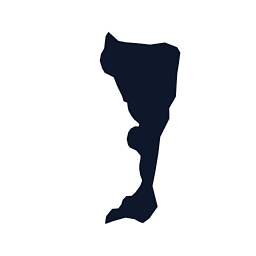 Mesa Geitonia, Limassol, Cyprus (Natural Earth projection), rotated 209°
{"feature_id": "46923920B41585698433240", "entity_name": "Mesa Geitonia", "entity_type": "district", "adm_level": 2, "iso_a3": "CYP", "parent_name": "Cyprus", "parent_adm1": "Limassol", "projection": "natural_earth1", "projection_center": [33.042, 34.71], "detail": "fine", "context": "isolated", "style": "filled", "palette": "ink", "viewbox_px": 256, "rotation_deg": 209, "n_neighbors": 0, "source": "geoboundaries", "source_scale": "gbopen_adm2", "svg_char_len": 973}
<svg xmlns="http://www.w3.org/2000/svg" viewBox="0 0 256 256"><g transform="rotate(209 128 128)"><path d="M66.2,59.5L64.7,73.3L79.1,88.7L83.5,102.5L89.8,120.1L96.2,135.7L97.1,156.0L102.3,165.1L102.1,178.5L111.9,199.0L115.4,208.6L119.4,218.8L124.4,221.7L136.9,219.9L148.7,211.0L158.3,207.0L167.5,202.9L170.7,201.4L178.6,198.7L188.9,201.2L191.1,201.7L191.3,197.6L188.9,191.6L186.7,186.3L186.7,179.8L184.7,173.6L179.3,168.4L175.1,165.8L164.8,166.2L157.8,160.4L147.8,153.3L144.6,150.1L140.6,150.6L138.4,147.4L135.5,144.0L130.2,140.7L126.5,139.2L119.4,137.7L118.5,134.0L122.2,132.3L124.6,128.6L124.9,124.4L123.1,118.0L119.3,113.8L116.8,112.6L109.8,113.1L103.0,110.5L101.3,106.9L99.5,101.4L97.3,97.5L94.0,93.3L89.5,89.5L88.5,83.4L89.6,74.8L91.3,70.0L95.8,67.1L97.0,62.7L96.1,57.9L96.7,52.6L101.9,49.2L102.8,44.9L103.5,40.3L102.0,35.9L101.2,34.3L96.5,39.7L87.2,49.0L78.2,52.2L74.5,52.2L72.3,52.2L69.3,52.7L66.2,59.5Z" fill="#0f172a" stroke="#020617" stroke-width="1.5"/></g></svg>